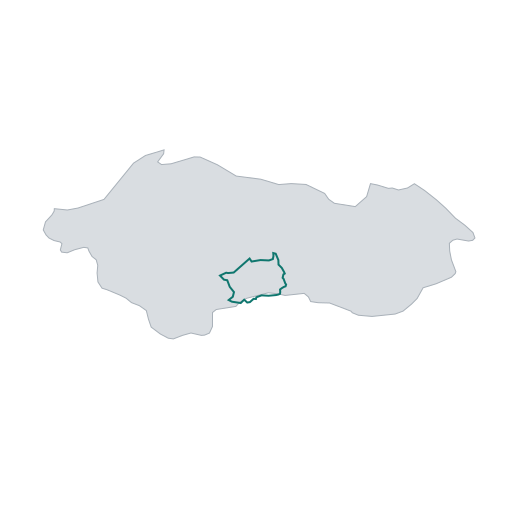 Librazhd, Elbasan, Albania (highlighted), rotated 98°
{"feature_id": "67620474B87569046172350", "entity_name": "Librazhd", "entity_type": "district", "adm_level": 2, "iso_a3": "ALB", "parent_name": "Albania", "parent_adm1": "Elbasan", "projection": "albers", "projection_center": [20.392, 41.155], "detail": "fine", "context": "in_parent", "style": "outline", "palette": "teal", "viewbox_px": 512, "rotation_deg": 98, "n_neighbors": 0, "source": "geoboundaries", "source_scale": "gbopen_adm2", "svg_char_len": 2138}
<svg xmlns="http://www.w3.org/2000/svg" viewBox="0 0 512 512"><g transform="rotate(98 256 256)"><path d="M168.4,152.7L168.8,145.6L170.6,134.3L169.7,130.5L170.8,124.1L167.6,115.5L162.4,109.2L167.6,98.3L175.3,85.1L182.3,74.7L190.8,63.8L196.5,53.4L202.6,44.4L207.7,41.7L210.3,43.6L211.6,47.6L211.2,59.3L213.0,63.3L216.5,66.3L224.1,64.9L232.5,62.0L243.7,55.9L245.7,56.3L249.8,59.5L258.4,73.7L264.2,86.1L275.6,90.5L282.0,95.3L290.1,102.7L294.1,110.1L299.7,132.7L300.4,146.4L298.8,152.7L297.4,154.3L292.3,176.6L293.6,188.0L293.5,195.5L289.2,198.4L286.3,203.1L291.0,221.7L290.4,229.6L290.7,238.7L299.2,259.4L304.2,265.8L308.7,268.9L314.5,287.9L318.0,291.2L331.9,289.3L338.8,291.4L341.5,295.9L342.2,299.0L341.3,309.7L344.9,317.9L349.6,326.3L349.6,331.5L346.5,340.0L341.0,349.9L333.5,353.7L325.3,357.0L321.4,364.6L319.5,372.8L315.8,378.9L313.6,385.5L310.1,399.0L309.3,404.0L303.7,408.9L295.0,411.0L287.3,411.4L282.0,413.7L279.3,418.3L274.4,422.1L271.4,423.7L271.4,427.8L275.0,436.4L279.1,443.4L279.2,449.0L277.2,450.6L270.8,449.9L269.4,451.9L268.8,458.2L267.0,463.5L264.4,466.8L259.8,470.3L251.5,469.2L243.7,463.8L239.6,462.1L237.2,462.3L236.7,449.2L233.3,439.0L221.1,414.4L181.1,390.2L171.8,379.4L167.7,370.4L163.7,361.8L167.6,361.7L171.5,363.8L176.5,366.5L178.6,362.3L176.5,352.9L166.5,331.1L165.8,325.1L171.0,307.0L179.6,286.7L179.3,262.0L182.1,243.4L179.4,231.2L178.2,216.4L184.5,196.7L189.7,191.9L192.9,185.7L193.3,164.6L181.8,154.7L168.4,152.7Z" fill="#d9dde1" stroke="#a8b0b8" stroke-width="1"/><path d="M264.2,228.8L261.4,232.5L256.9,233.3L251.0,236.8L250.7,239.3L253.6,238.7L256.7,238.9L258.6,242.6L259.4,251.0L262.1,259.6L259.4,262.0L275.5,275.8L276.8,281.4L276.7,283.2L280.4,288.9L283.9,284.4L284.0,281.1L290.2,277.7L294.8,272.8L299.6,273.3L303.4,276.9L304.6,273.5L304.7,264.6L300.9,261.6L303.3,258.2L302.5,255.6L298.7,252.4L298.6,250.1L296.8,249.9L294.2,245.0L293.6,238.0L291.9,230.8L291.0,228.4L290.1,227.0L288.3,227.0L285.8,227.5L284.1,225.8L282.8,224.2L281.9,222.5L280.1,222.2L278.9,223.3L277.0,224.3L274.8,225.5L273.9,226.6L270.4,226.3L269.4,225.1L267.9,226.0L264.2,228.8Z" fill="none" stroke="#0f766e" stroke-width="2"/></g></svg>